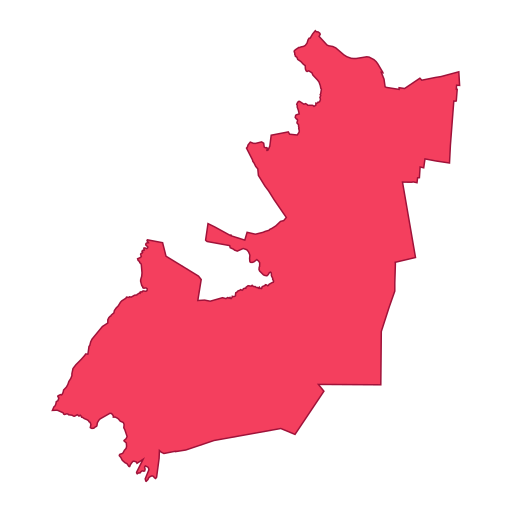 Cuauhtémoc, Zacatecas, Mexico (Natural Earth projection)
{"feature_id": "50627088B81148704477128", "entity_name": "Cuauhtémoc", "entity_type": "district", "adm_level": 2, "iso_a3": "MEX", "parent_name": "Mexico", "parent_adm1": "Zacatecas", "projection": "natural_earth1", "projection_center": [-102.417, 22.46], "detail": "fine", "context": "isolated", "style": "filled", "palette": "rose", "viewbox_px": 512, "rotation_deg": 0, "n_neighbors": 0, "source": "geoboundaries", "source_scale": "gbopen_adm2", "svg_char_len": 5992}
<svg xmlns="http://www.w3.org/2000/svg" viewBox="0 0 512 512"><path d="M295.0,434.4L323.9,391.2L318.4,384.4L380.8,384.8L381.3,331.5L389.3,306.7L394.8,291.1L394.8,282.8L395.4,263.7L395.2,262.3L415.5,257.5L402.5,182.1L411.7,182.2L413.3,181.9L417.0,182.7L417.6,177.8L419.4,177.7L420.1,167.0L423.7,167.8L425.0,158.9L436.1,161.0L449.5,163.0L450.4,145.3L453.8,101.1L456.1,101.1L456.3,100.7L457.2,89.3L456.3,89.2L456.6,85.2L459.6,85.4L458.8,71.8L440.9,76.6L435.2,77.5L421.8,80.2L419.9,78.2L404.6,88.5L399.1,87.7L399.1,89.4L386.4,87.4L385.1,86.8L384.0,79.1L381.3,72.4L382.9,72.7L382.6,72.0L377.8,63.9L376.1,61.6L373.9,59.6L369.1,57.1L366.7,56.8L356.1,58.5L353.8,58.5L351.2,58.3L346.8,56.7L343.8,54.8L335.8,47.9L332.8,46.5L328.8,45.8L327.1,45.1L319.1,36.4L320.2,34.2L319.7,33.1L318.1,31.9L316.3,31.7L315.3,30.7L312.6,34.0L310.2,38.1L309.1,38.2L308.1,39.7L307.0,43.2L305.2,45.5L303.5,46.4L301.0,46.9L299.8,47.5L298.9,47.4L295.3,49.8L294.2,51.0L294.2,51.8L294.7,52.8L294.8,54.6L295.5,55.9L295.4,56.3L296.9,57.3L297.7,59.4L300.8,61.5L303.4,64.3L305.2,65.6L305.4,69.0L306.1,70.8L307.1,71.5L308.7,70.8L311.9,72.8L312.9,75.1L317.5,80.0L319.0,82.0L320.3,85.6L320.8,88.3L321.4,89.1L320.7,93.7L320.2,94.6L320.7,95.7L319.9,97.5L320.3,98.5L320.4,99.8L319.6,101.7L318.4,102.3L318.0,102.2L317.7,102.8L316.4,103.4L315.9,103.2L315.8,105.2L314.0,106.4L313.0,105.5L312.4,105.3L307.7,105.3L307.2,104.6L305.6,103.6L303.9,104.2L299.6,101.4L298.9,101.3L297.8,102.1L296.7,104.3L297.3,105.5L297.2,107.1L298.3,110.1L299.2,113.9L296.1,114.9L295.6,115.6L295.2,117.4L296.5,119.1L297.3,119.3L297.5,119.7L297.5,120.8L297.0,122.4L297.0,123.0L298.5,124.7L298.6,126.8L299.0,127.9L298.7,128.4L299.3,131.0L299.0,132.4L297.2,135.0L289.6,134.2L288.3,131.9L271.2,135.2L269.8,146.2L267.9,150.2L267.5,150.4L266.9,150.4L267.2,148.4L267.1,147.9L266.6,147.6L265.4,147.8L264.2,147.0L263.7,143.2L261.6,141.9L255.5,143.4L253.3,143.3L250.3,142.1L248.0,145.0L247.5,146.9L246.5,148.1L252.5,159.9L252.8,161.3L254.1,163.1L255.7,166.4L257.8,168.9L258.4,175.4L264.9,186.0L268.6,190.9L274.1,199.7L286.3,217.5L283.7,220.6L280.5,221.4L275.8,225.9L271.7,228.5L269.9,229.3L268.9,230.3L265.1,231.4L263.1,232.3L255.4,234.2L247.1,232.3L244.8,240.1L231.1,235.8L231.2,235.2L230.7,235.0L230.0,235.3L214.9,227.0L208.0,223.6L205.6,240.1L205.9,240.5L207.1,241.5L229.7,245.6L230.2,247.7L233.5,249.2L234.5,250.1L237.3,251.1L243.2,248.5L246.7,249.7L248.4,251.6L249.6,254.3L249.9,255.5L249.6,258.3L249.8,261.2L250.2,262.1L250.8,262.4L252.4,262.4L254.0,261.8L256.8,259.6L258.6,261.1L259.7,262.8L259.6,266.5L259.2,267.1L259.0,269.5L259.6,271.0L263.5,274.9L265.0,275.5L266.9,275.8L268.2,274.6L269.4,272.6L270.5,272.1L271.0,272.5L271.4,273.8L271.4,275.7L272.7,278.3L272.7,279.5L273.5,280.7L273.6,281.4L273.3,282.3L272.5,282.4L269.1,284.3L268.4,285.4L267.8,285.8L266.5,284.9L265.4,284.7L265.3,285.4L262.3,286.6L261.9,287.3L261.8,288.2L261.3,288.6L260.6,288.3L259.4,288.4L259.5,287.4L259.3,287.1L258.3,288.1L257.2,287.4L256.3,287.5L255.0,286.5L254.1,286.7L252.5,285.8L252.1,285.3L251.8,285.5L251.7,286.0L250.9,286.1L248.1,285.7L246.0,287.3L245.8,288.3L244.5,288.3L243.4,288.7L242.9,289.7L242.1,290.3L240.7,289.6L239.8,290.3L238.0,290.9L236.5,292.5L235.8,292.7L235.5,294.2L235.5,295.8L234.6,296.4L233.5,296.6L232.3,296.3L232.1,297.4L231.0,298.6L230.6,298.4L230.0,297.4L229.1,298.2L227.8,297.5L225.9,298.6L222.5,297.7L210.2,301.2L204.6,300.1L197.8,300.5L201.2,279.5L198.5,276.1L166.0,256.2L162.6,242.7L147.4,239.8L147.0,240.7L148.4,242.7L146.6,243.0L146.0,243.5L145.7,244.9L147.9,247.0L147.6,247.9L146.8,248.6L144.8,247.9L143.9,248.1L143.9,249.0L144.3,250.0L143.8,250.5L143.3,250.3L142.4,250.5L142.0,251.7L142.6,252.3L142.2,253.0L141.1,253.5L140.6,254.2L141.3,256.6L140.0,257.7L137.6,258.7L138.1,260.4L139.5,261.6L139.7,262.6L140.9,263.7L141.3,264.6L142.0,272.9L141.7,276.2L140.7,279.5L140.6,281.2L141.8,285.8L142.7,286.5L142.8,287.7L143.8,288.2L145.9,287.9L146.7,288.3L147.3,288.9L147.0,290.6L145.9,291.3L143.1,290.9L142.5,291.3L142.3,291.8L140.6,291.9L140.1,292.2L140.4,292.8L140.1,293.3L139.5,293.0L137.2,294.4L136.8,295.0L134.6,295.2L131.2,297.1L129.5,296.8L129.0,297.4L126.5,297.1L125.9,298.2L121.7,300.9L120.5,302.2L118.1,306.1L116.3,307.8L114.4,310.5L113.9,312.9L112.3,314.2L111.2,315.2L110.7,316.2L110.1,316.3L108.8,317.7L107.8,319.8L107.8,323.0L102.4,326.5L92.1,339.0L90.7,341.8L89.8,345.4L89.0,346.4L87.9,354.1L85.6,354.0L84.9,355.2L81.2,359.4L76.0,364.6L73.0,368.5L71.9,373.7L71.9,375.7L70.7,378.6L68.9,381.4L67.8,384.6L66.3,387.2L63.6,390.0L63.1,392.4L62.0,394.5L61.6,394.9L60.5,394.6L58.0,395.8L57.8,396.5L58.8,398.0L57.9,400.7L56.3,401.6L55.9,403.7L55.5,404.9L55.0,405.9L53.9,406.9L52.4,410.4L57.0,410.2L58.0,410.5L63.1,412.8L63.7,414.1L64.5,414.5L66.8,413.8L68.0,414.1L68.6,414.8L72.1,415.2L73.5,416.1L74.6,416.2L77.3,414.7L79.0,416.1L80.2,415.2L81.2,416.2L81.6,417.2L82.5,417.3L84.3,418.6L86.8,419.6L88.3,420.5L89.2,421.9L90.1,422.3L90.9,424.5L90.3,427.6L91.4,428.3L92.2,428.4L93.8,428.2L95.6,426.7L96.5,426.4L96.9,425.7L97.4,422.7L98.8,420.3L100.1,418.9L109.9,413.3L111.5,413.5L113.3,415.7L113.3,417.1L115.3,417.1L116.9,417.9L118.3,418.8L120.3,421.2L123.3,422.5L124.1,424.5L123.8,427.8L124.8,429.7L127.1,436.5L126.1,438.7L124.0,440.5L124.1,441.0L126.3,442.9L126.6,446.3L126.1,448.4L124.4,450.3L123.0,452.9L122.3,453.5L119.9,454.3L119.4,455.0L119.3,455.7L120.8,457.4L122.3,460.3L125.0,462.7L127.0,463.7L128.8,466.3L129.3,466.6L129.7,466.5L130.4,464.7L132.0,462.4L133.2,461.2L134.8,461.4L136.3,462.0L137.0,463.3L143.1,459.3L136.6,472.2L136.6,472.9L137.2,473.8L138.8,472.8L139.9,473.0L141.0,471.7L141.8,471.1L142.9,470.8L143.8,471.2L144.7,470.9L145.1,469.1L144.6,467.2L144.9,466.4L145.4,465.9L147.7,467.0L148.4,467.8L148.9,469.7L145.2,478.9L145.8,481.1L146.2,481.3L147.9,479.6L148.8,477.7L150.0,476.7L151.5,476.0L152.3,475.9L153.4,476.4L154.5,477.8L155.6,478.5L156.6,477.2L159.1,458.4L159.4,450.5L161.1,452.1L163.9,453.5L174.5,451.4L175.6,451.3L175.6,451.6L185.8,450.0L214.0,440.5L280.8,428.5L295.0,434.4Z" fill="#f43f5e" stroke="#9f1239" stroke-width="1.5"/></svg>